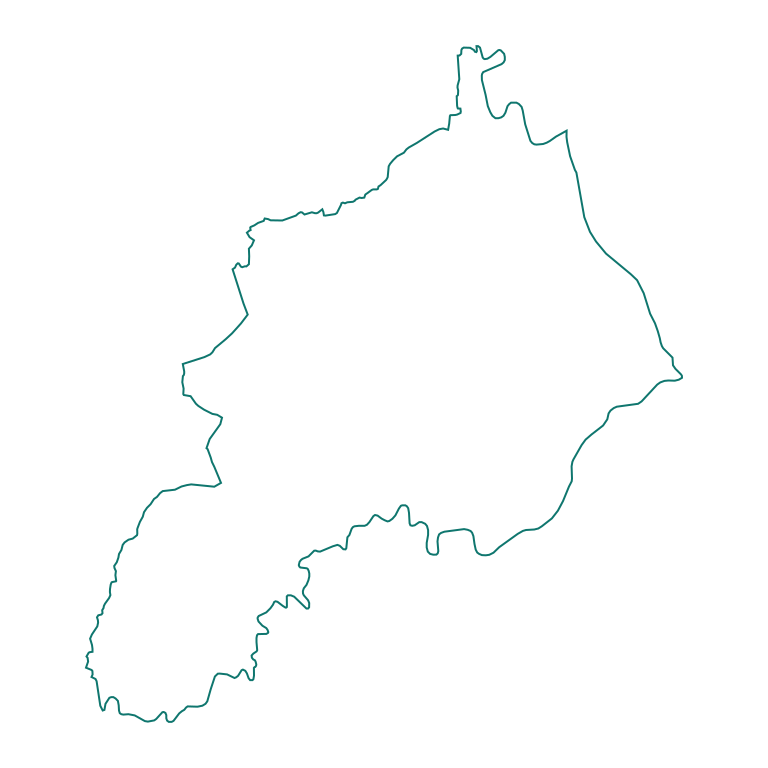 Dong Ha, Quảng Trị, Vietnam (Robinson projection)
{"feature_id": "81297802B80628180194499", "entity_name": "Dong Ha", "entity_type": "district", "adm_level": 2, "iso_a3": "VNM", "parent_name": "Vietnam", "parent_adm1": "Quảng Trị", "projection": "robinson", "projection_center": [107.071, 16.803], "detail": "fine", "context": "isolated", "style": "outline", "palette": "teal", "viewbox_px": 768, "rotation_deg": 0, "n_neighbors": 0, "source": "geoboundaries", "source_scale": "gbopen_adm2", "svg_char_len": 6065}
<svg xmlns="http://www.w3.org/2000/svg" viewBox="0 0 768 768"><path d="M91.5,677.0L95.5,679.0L96.6,681.2L100.3,705.8L102.7,710.5L104.4,709.9L105.5,703.8L109.4,697.8L111.3,697.1L113.3,697.1L115.6,698.5L117.9,700.9L118.7,705.3L119.0,710.6L119.8,713.2L121.3,714.2L123.3,714.6L128.4,714.2L134.7,715.4L144.9,721.1L147.9,721.6L154.2,720.4L156.2,719.0L162.4,712.2L163.7,712.0L165.4,712.9L166.3,715.1L166.3,718.3L167.1,720.6L168.8,721.9L171.6,721.9L173.5,720.9L179.2,713.4L181.9,711.2L184.3,709.8L186.0,707.6L187.6,706.4L197.5,706.7L202.4,705.7L205.5,703.8L207.3,701.3L210.7,689.3L214.9,676.5L217.8,673.7L219.8,673.6L227.1,674.4L234.5,678.0L236.2,677.3L238.1,675.8L241.6,670.2L242.9,669.6L245.3,670.8L246.9,673.4L248.6,678.2L250.1,680.1L252.5,680.1L253.4,679.2L254.0,675.6L253.9,667.9L254.6,667.1L255.3,666.9L256.1,665.7L256.3,664.4L255.6,661.6L254.9,660.3L253.2,659.4L251.9,657.7L251.6,655.5L253.3,653.6L256.6,651.4L257.2,650.2L256.5,642.1L256.5,638.0L257.0,635.3L258.0,634.1L266.4,633.9L268.0,632.9L268.3,632.1L267.6,630.0L266.3,628.1L262.4,625.7L258.5,621.5L257.6,618.7L257.7,617.5L258.7,616.0L266.3,612.4L270.4,608.3L273.0,604.7L274.2,602.0L275.5,601.3L277.5,601.8L282.8,605.9L285.5,607.6L286.2,607.6L286.8,607.1L286.9,605.6L286.8,596.4L287.9,595.3L290.8,595.3L294.2,596.7L306.4,608.5L308.1,608.5L309.1,607.3L309.2,603.0L308.1,600.3L303.8,595.3L303.0,593.5L302.9,591.1L303.8,588.3L306.5,584.9L308.4,580.3L309.3,576.5L309.3,573.6L308.7,570.9L307.8,569.0L306.8,568.3L300.3,567.5L299.3,566.5L298.8,565.1L299.6,561.8L301.0,560.0L302.5,558.8L308.5,556.4L314.2,550.7L315.8,550.6L317.8,551.4L320.1,551.6L332.8,546.3L337.4,544.9L339.8,545.8L343.3,549.2L345.5,549.4L346.3,548.2L347.4,537.3L349.4,535.0L351.6,528.9L352.8,527.2L354.4,526.3L358.9,525.8L364.6,525.8L366.9,524.8L369.4,522.1L373.4,516.1L375.0,515.0L377.6,515.6L381.6,518.6L384.8,520.3L387.5,521.4L389.3,521.0L392.4,518.8L395.4,515.4L398.9,508.6L400.9,505.8L402.3,505.3L405.3,505.3L406.8,506.2L408.2,508.2L409.0,512.8L409.6,523.3L410.4,525.3L412.2,525.8L414.7,525.3L419.3,522.1L421.6,522.1L425.2,523.8L427.0,526.0L428.1,530.1L428.1,534.9L426.7,542.9L426.7,547.5L427.8,551.6L430.1,553.9L433.3,554.7L436.4,554.6L437.7,553.4L438.3,551.1L437.5,541.4L438.0,537.5L439.1,534.4L441.1,532.9L444.4,531.7L464.1,529.1L467.7,529.8L470.6,531.0L472.1,532.7L473.4,536.1L474.5,544.0L475.7,549.6L477.2,552.5L479.1,553.9L481.9,555.1L485.8,555.3L489.3,554.8L493.5,552.7L499.2,547.2L517.7,533.9L522.9,530.9L526.0,530.0L534.3,529.5L538.3,528.5L541.8,526.3L551.9,518.4L557.9,510.7L563.0,501.1L569.0,486.5L571.7,481.3L572.0,478.6L571.6,466.3L572.4,461.8L573.4,459.5L581.6,445.1L585.6,439.6L591.5,434.5L603.1,425.5L607.3,419.3L608.6,413.4L610.5,410.6L613.7,408.1L616.8,406.7L638.1,403.8L641.6,401.4L657.2,384.6L660.3,382.4L664.4,380.9L668.4,380.5L674.8,380.7L678.8,379.7L682.0,377.8L681.9,375.8L681.1,374.5L675.4,368.8L673.0,365.3L672.5,357.6L663.2,348.3L661.9,346.1L660.6,342.3L659.8,338.2L657.8,331.2L655.0,323.3L650.1,313.7L643.7,293.2L637.1,280.2L630.8,274.2L606.0,253.6L596.0,241.5L590.0,231.9L584.3,217.2L576.4,172.6L574.9,169.9L570.1,156.2L567.2,142.3L566.5,136.9L566.6,130.7L556.0,136.6L549.8,141.0L546.7,142.7L543.1,144.0L536.5,144.6L534.3,144.3L532.2,143.0L530.4,140.8L525.2,124.3L522.7,110.5L521.6,106.9L518.9,104.0L516.5,102.7L511.0,102.7L509.1,104.2L507.5,106.2L505.4,112.7L503.5,115.8L501.2,117.4L498.4,118.2L495.4,118.2L492.4,115.8L490.3,112.2L487.8,106.1L485.6,94.9L481.9,80.0L481.8,75.5L482.1,74.0L483.2,72.1L501.6,64.1L503.6,62.4L504.8,60.1L504.8,56.9L504.1,53.8L500.8,50.4L499.5,50.0L498.3,50.2L490.4,56.9L487.4,58.7L484.8,59.1L483.7,58.7L482.7,57.5L480.0,47.6L478.1,46.1L476.5,46.1L476.9,51.1L476.3,52.1L474.9,51.7L474.0,50.1L470.2,47.8L463.7,47.6L462.1,48.6L461.4,50.0L461.2,53.9L459.5,55.5L457.7,55.6L459.3,79.2L457.6,85.5L457.5,87.6L458.2,90.7L458.0,94.4L457.8,95.3L456.7,96.2L457.1,105.8L457.6,108.0L457.9,108.5L460.4,108.6L460.8,111.5L460.5,113.0L457.1,114.6L455.3,115.0L450.4,115.2L449.9,116.0L449.2,123.6L448.1,129.8L443.1,128.5L439.3,129.2L434.6,131.5L416.9,142.9L408.8,147.5L406.4,149.4L403.9,152.7L397.1,156.3L393.2,160.1L390.1,163.8L388.7,166.3L387.7,177.1L387.0,178.6L386.1,180.0L380.5,185.2L378.5,186.5L377.9,188.9L376.8,189.4L373.2,189.4L371.8,189.9L365.3,194.6L364.3,197.6L361.6,198.0L359.5,197.6L355.5,199.7L354.7,200.8L352.9,201.8L347.3,202.3L345.0,203.3L342.9,202.6L341.5,203.2L340.9,205.1L336.9,213.0L335.2,214.1L325.4,215.6L323.9,215.4L323.4,212.1L322.3,209.3L318.1,212.6L316.7,213.2L315.0,213.2L311.9,212.3L304.5,214.5L302.0,212.4L300.6,212.2L298.5,213.3L295.9,215.6L282.3,220.5L270.6,220.3L268.1,219.1L264.7,218.5L263.7,220.9L258.1,222.9L254.3,225.4L250.6,227.0L250.2,227.7L250.6,230.1L249.4,230.6L246.9,232.7L249.6,237.2L254.0,240.3L251.8,245.4L248.9,248.7L249.2,256.3L248.9,264.2L246.4,266.4L244.9,266.3L242.2,267.2L240.9,266.6L238.8,263.5L237.8,263.3L236.3,264.7L235.0,267.6L232.6,269.3L243.5,303.5L247.7,314.6L241.0,323.4L232.2,333.2L225.7,339.2L215.0,348.1L212.4,352.3L210.2,354.4L204.4,357.1L182.8,364.0L184.2,371.4L184.2,373.4L183.8,375.0L182.9,376.1L182.3,382.2L183.6,388.6L183.3,394.1L183.8,395.0L190.6,396.2L195.9,403.7L198.3,405.9L204.1,409.7L212.4,413.9L217.2,414.8L222.0,417.7L220.3,424.2L209.7,439.0L206.5,448.2L207.6,449.1L210.7,457.5L212.0,462.1L214.3,466.8L221.0,482.9L214.3,486.7L191.2,484.4L186.9,485.1L181.5,486.5L175.0,489.7L162.7,491.1L160.0,493.2L157.0,496.9L154.0,499.0L150.6,504.2L147.0,507.8L144.0,512.2L142.8,516.7L139.9,521.9L137.5,528.2L137.2,529.3L137.3,533.8L137.0,535.2L132.7,538.6L128.5,539.7L124.6,542.4L122.7,544.9L121.4,550.0L119.0,554.0L118.4,557.6L116.8,562.2L114.2,566.0L114.5,568.1L115.9,571.1L115.4,575.2L116.2,580.9L116.0,581.3L112.0,582.1L111.5,582.5L110.7,584.6L110.0,589.1L109.9,592.1L110.4,595.1L109.1,598.0L105.0,603.7L103.9,605.9L103.5,608.1L102.2,610.2L102.5,613.2L101.5,614.5L98.3,615.3L97.0,617.3L97.9,620.2L98.1,622.6L97.3,626.4L91.9,634.5L90.1,638.7L92.0,645.0L92.5,648.8L92.5,651.8L89.7,652.2L88.7,652.7L86.5,656.5L87.6,657.8L88.1,661.6L86.0,667.7L91.6,670.0L92.4,671.0L92.6,674.5L91.5,677.0Z" fill="none" stroke="#0f766e" stroke-width="2"/></svg>